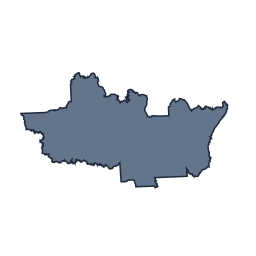 the district of Corangamite, Victoria, Australia, rotated 259°
{"feature_id": "25037944B62573329843514", "entity_name": "Corangamite", "entity_type": "district", "adm_level": 2, "iso_a3": "AUS", "parent_name": "Australia", "parent_adm1": "Victoria", "projection": "robinson", "projection_center": [143.247, -38.216], "detail": "fine", "context": "isolated", "style": "filled", "palette": "slate", "viewbox_px": 256, "rotation_deg": 259, "n_neighbors": 0, "source": "geoboundaries", "source_scale": "gbopen_adm2", "svg_char_len": 5824}
<svg xmlns="http://www.w3.org/2000/svg" viewBox="0 0 256 256"><g transform="rotate(259 128 128)"><path d="M108.3,57.7L108.3,58.6L107.8,58.8L108.5,59.6L107.4,59.5L107.3,60.9L105.0,61.9L104.9,62.9L104.3,63.3L104.9,64.9L104.6,66.0L105.5,66.1L105.8,65.6L106.3,66.2L106.7,65.7L107.6,66.8L105.8,66.1L104.8,67.1L103.5,67.4L104.4,68.8L103.2,69.2L104.4,69.6L104.7,71.0L105.1,71.3L106.3,70.6L107.1,71.2L104.9,74.0L105.5,74.5L103.5,75.3L104.1,76.0L103.7,76.9L104.3,77.1L104.9,78.6L103.8,79.2L103.9,80.0L102.9,80.4L102.8,81.0L101.4,81.4L100.8,80.9L100.1,81.6L100.3,83.5L99.4,83.8L98.9,84.9L99.8,85.6L98.8,86.3L98.6,85.8L98.6,86.4L97.8,86.7L98.0,87.7L99.9,88.3L99.5,89.0L99.9,89.2L99.0,90.0L99.0,90.6L97.0,90.9L97.7,91.8L97.1,92.6L97.5,93.1L96.9,93.0L97.0,93.7L97.5,93.7L97.1,94.5L97.7,94.5L97.5,94.9L96.3,94.8L95.3,95.6L95.7,96.2L94.3,96.7L94.6,98.0L96.3,99.0L93.3,101.2L92.2,101.4L91.1,103.0L91.6,103.7L91.2,104.5L91.9,105.6L92.5,105.7L93.1,107.0L92.7,108.8L93.3,109.5L93.2,110.6L95.3,113.3L76.5,111.0L75.7,116.4L76.2,116.9L76.8,118.7L75.8,124.0L70.9,124.7L68.8,124.5L65.9,142.9L64.3,143.2L64.4,144.8L64.8,145.8L65.4,145.4L66.2,146.1L67.3,145.0L68.1,145.8L69.2,144.5L70.9,144.5L70.7,145.6L74.2,144.6L69.3,176.7L72.5,177.5L72.5,177.1L77.2,177.8L74.2,179.1L72.4,178.9L72.0,180.1L70.9,180.2L71.0,181.0L70.2,181.4L70.5,182.3L68.7,182.5L68.3,183.5L67.3,183.7L67.9,184.8L67.1,187.2L69.3,189.4L70.3,189.6L70.2,190.7L72.7,192.5L72.9,195.4L73.9,197.9L75.0,198.7L74.3,200.1L77.6,200.5L79.5,202.2L80.3,201.6L80.6,202.3L81.8,202.5L82.1,202.9L81.8,203.0L82.9,203.6L83.0,202.7L84.0,203.0L84.5,202.2L88.6,203.2L90.5,202.6L94.4,203.0L95.6,203.3L96.7,204.4L97.9,204.4L98.6,205.8L99.0,205.5L100.8,206.3L101.2,206.9L100.7,207.4L101.5,207.0L102.3,207.4L103.0,207.1L102.7,207.5L103.2,207.3L103.1,207.7L103.8,207.5L104.6,208.0L104.5,208.6L106.7,209.3L108.1,210.9L111.0,212.7L115.8,218.2L117.2,219.0L120.4,223.2L121.0,223.2L121.2,224.3L122.0,224.5L122.1,225.1L124.9,227.7L127.1,228.2L127.6,229.2L130.0,229.5L131.6,230.4L131.3,230.0L132.6,229.7L132.8,228.6L134.7,228.5L134.7,227.8L135.8,227.5L134.7,225.7L131.5,225.7L130.5,224.7L130.3,223.5L130.8,222.7L130.3,222.0L131.0,221.2L131.6,219.4L130.7,218.5L131.2,217.6L130.0,216.7L130.3,216.0L129.7,214.8L131.4,214.5L130.5,213.9L130.7,212.9L132.5,212.5L132.0,211.2L133.3,210.6L133.6,209.4L134.6,208.6L134.0,207.4L132.6,207.2L133.1,206.6L132.0,205.7L132.4,205.4L132.1,204.7L132.9,204.6L132.5,203.8L133.5,203.6L133.4,202.8L134.7,203.0L136.6,201.4L134.9,199.4L134.5,196.3L132.7,193.7L133.9,193.9L134.4,192.5L141.1,190.8L145.1,188.4L145.0,187.6L146.5,185.7L147.1,184.1L145.5,183.4L144.5,179.8L145.7,179.0L147.5,179.4L147.0,177.4L143.6,174.1L141.3,173.4L140.9,171.7L132.2,170.4L134.1,158.9L134.6,158.2L134.6,156.2L135.1,155.9L135.3,153.4L134.5,153.3L134.1,152.1L135.4,150.7L135.6,149.2L137.2,149.3L141.3,147.9L143.9,148.2L147.2,150.8L151.4,151.7L152.5,152.5L156.2,152.4L156.4,150.9L157.1,150.6L158.1,148.9L158.2,146.3L157.3,145.9L157.5,145.1L160.9,143.9L161.4,142.7L160.8,141.9L161.5,141.9L162.1,140.8L161.4,140.4L162.9,140.6L163.2,139.7L163.6,140.1L164.4,139.5L164.6,139.1L164.3,138.9L165.3,138.3L165.4,136.8L164.8,135.0L164.1,134.6L162.8,135.7L162.8,134.7L162.0,134.7L161.9,134.3L159.6,135.1L158.9,134.7L158.4,134.2L159.8,134.0L160.1,134.4L159.9,133.7L160.2,133.6L158.9,133.1L159.2,132.7L158.9,132.3L158.0,132.6L158.4,131.5L156.3,132.0L156.4,132.8L157.2,133.3L157.1,134.0L155.1,134.6L155.5,133.7L154.3,133.8L154.4,132.9L153.7,132.5L154.4,132.4L154.1,131.4L155.0,131.4L156.0,129.7L154.9,127.9L155.5,126.9L154.3,125.2L155.6,125.1L156.8,123.8L157.0,124.2L157.8,124.1L158.4,123.4L158.2,122.8L158.6,122.7L159.3,123.5L159.8,123.3L159.7,123.8L160.5,124.6L161.2,124.6L161.9,123.9L161.5,123.3L163.5,121.6L164.3,118.3L163.7,116.5L162.6,115.7L163.1,114.9L162.7,113.1L163.3,112.1L163.0,111.7L163.3,110.6L164.0,110.6L164.0,111.8L164.5,112.3L166.4,112.6L167.9,111.9L169.6,112.2L170.6,111.3L171.8,111.3L173.0,110.6L174.2,108.1L176.0,107.0L179.1,106.9L179.6,108.0L182.4,108.2L183.2,107.7L183.3,107.0L183.8,107.2L183.6,105.6L186.8,105.7L188.4,104.7L188.4,102.5L185.5,99.5L186.1,98.3L185.1,98.1L185.0,96.9L185.5,96.0L185.0,94.8L185.6,94.3L186.1,95.4L186.6,93.9L187.1,94.6L187.7,93.4L187.8,91.7L187.4,91.3L188.1,91.3L188.2,90.6L190.8,90.8L191.6,90.4L191.7,89.7L190.9,89.4L191.3,88.2L190.3,86.9L190.3,86.0L189.0,85.5L188.8,84.9L188.3,85.7L187.7,84.9L186.5,85.0L186.4,84.4L186.9,84.3L186.5,83.2L186.1,83.0L186.3,82.0L185.6,81.8L184.8,80.6L182.8,81.4L182.2,80.0L164.9,77.4L164.6,76.9L165.2,75.7L164.6,74.4L163.9,74.3L161.3,71.6L160.6,71.4L160.1,71.9L159.4,71.0L160.2,69.2L159.6,67.3L160.9,65.8L160.8,65.0L159.0,62.5L159.6,60.9L159.2,60.0L159.6,59.6L159.1,59.2L159.8,58.8L160.1,55.5L160.0,53.9L159.1,52.7L159.1,48.8L162.7,25.6L160.9,26.1L160.0,27.6L157.9,27.9L156.9,27.3L154.8,28.2L153.6,28.2L153.4,27.5L152.7,27.3L150.7,27.7L149.9,27.4L148.8,28.1L145.9,27.7L145.5,30.7L143.8,32.3L144.3,33.0L143.9,33.0L144.2,33.4L143.7,33.7L144.2,34.7L143.7,35.2L142.8,34.8L142.4,35.5L141.8,35.0L140.9,35.4L141.8,35.9L141.1,36.3L141.9,36.8L141.2,38.4L140.5,38.3L140.9,39.6L141.6,39.8L140.2,39.7L140.4,40.3L141.0,40.2L141.2,41.2L140.1,41.4L140.1,42.0L138.9,42.1L138.4,43.6L138.1,43.0L135.4,43.7L135.1,43.1L134.3,43.5L133.5,43.0L133.6,42.4L133.1,42.2L133.3,41.6L132.2,40.3L132.8,39.3L130.9,39.1L131.1,39.6L130.0,40.3L130.1,41.0L129.5,41.0L128.9,41.8L128.2,40.9L127.4,41.0L127.8,41.2L127.5,41.7L126.6,41.4L126.4,40.0L125.2,40.2L124.9,39.5L122.7,39.9L119.6,39.0L118.7,41.1L117.7,41.3L118.1,42.5L117.6,42.3L117.8,43.1L117.3,43.3L117.4,45.2L116.6,44.5L114.9,44.5L114.3,45.8L113.0,46.2L112.6,46.7L112.9,47.2L112.2,47.7L111.3,47.8L109.9,46.8L108.7,47.6L108.3,49.6L109.0,50.3L108.7,51.7L107.7,52.5L107.3,53.3L107.5,54.3L107.0,54.3L106.7,55.0L108.3,57.7ZM101.7,207.7L102.3,207.6L102.0,207.5L101.7,207.7Z" fill="#64748b" stroke="#1e293b" stroke-width="1.5"/></g></svg>